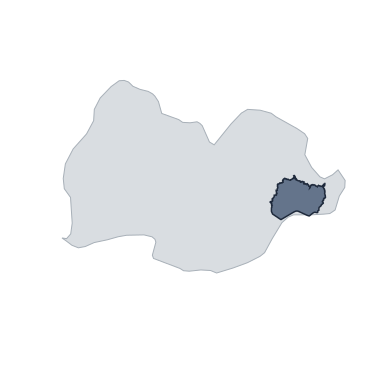 Nyamasheke, Western, Rwanda (highlighted), rotated 214°
{"feature_id": "39286606B22601397790462", "entity_name": "Nyamasheke", "entity_type": "district", "adm_level": 2, "iso_a3": "RWA", "parent_name": "Rwanda", "parent_adm1": "Western", "projection": "albers", "projection_center": [29.106, -2.358], "detail": "fine", "context": "in_parent", "style": "filled", "palette": "slate", "viewbox_px": 384, "rotation_deg": 214, "n_neighbors": 0, "source": "geoboundaries", "source_scale": "gbopen_adm2", "svg_char_len": 6162}
<svg xmlns="http://www.w3.org/2000/svg" viewBox="0 0 384 384"><g transform="rotate(214 192 192)"><path d="M155.0,122.0L159.2,121.9L186.7,115.4L189.5,117.4L193.9,130.2L196.3,132.1L200.1,132.5L207.8,129.6L222.0,119.6L228.2,113.6L235.5,105.0L244.8,95.4L250.0,87.1L255.0,82.2L261.7,80.7L269.0,81.1L274.1,81.2L269.9,83.2L269.1,89.4L273.9,99.2L289.7,119.6L299.7,123.3L306.3,131.2L312.7,144.5L314.6,161.2L311.9,181.2L313.4,196.1L319.2,205.9L320.7,218.6L318.0,234.2L314.6,243.5L310.6,246.6L306.1,247.7L300.1,246.6L292.6,248.0L284.6,250.9L279.5,251.3L276.4,250.7L270.4,248.2L261.0,240.2L243.5,244.6L238.7,244.5L232.3,248.3L227.1,253.0L223.9,253.3L220.6,252.7L205.5,243.2L200.0,243.5L197.7,270.2L195.2,285.0L192.1,291.6L181.3,297.9L170.4,301.6L164.4,301.3L140.5,303.3L131.2,303.3L126.0,301.1L119.3,286.0L106.6,279.3L94.4,276.1L89.5,277.0L85.1,284.9L83.3,292.0L71.5,287.2L67.9,281.2L67.6,271.0L63.3,257.1L65.7,251.2L70.3,247.4L80.1,240.0L95.0,229.9L98.2,225.0L100.3,216.9L99.4,198.2L97.9,182.3L99.7,176.6L106.5,164.4L115.6,151.8L126.3,138.6L132.7,137.3L141.1,132.3L150.0,124.8L155.0,122.0Z" fill="#d9dde1" stroke="#a8b0b8" stroke-width="1"/><path d="M122.8,241.5L122.4,241.3L122.2,241.1L122.4,240.7L122.9,240.4L122.6,240.3L122.5,240.1L122.4,240.0L122.4,239.7L122.3,239.4L122.3,239.2L121.6,238.9L120.8,238.3L121.1,237.8L121.1,237.5L120.5,237.2L120.3,236.9L120.3,236.6L120.4,236.4L120.8,236.5L120.9,236.4L121.0,236.1L121.4,235.9L121.6,235.5L121.8,235.5L122.0,235.3L121.7,235.1L121.6,234.6L121.3,234.2L121.3,233.9L121.2,233.7L121.2,233.1L121.4,232.5L121.4,232.2L121.2,231.8L121.2,231.7L121.6,231.4L121.5,231.2L121.1,231.1L121.1,230.9L121.3,230.8L121.1,230.6L121.1,230.4L120.9,230.3L120.4,230.0L120.2,229.8L120.3,229.5L120.5,229.3L120.5,229.0L120.8,228.8L121.0,228.4L121.1,227.8L121.2,227.7L121.6,227.8L121.7,227.6L121.6,227.4L121.4,227.5L121.4,227.4L121.2,227.2L120.9,227.2L120.9,227.3L120.5,227.3L120.3,227.5L120.3,227.3L120.1,227.2L120.0,226.8L119.6,226.7L119.4,226.8L119.2,226.8L119.2,226.5L119.1,226.4L119.0,226.1L118.9,225.8L118.7,225.8L118.8,226.0L118.7,226.0L118.3,225.9L118.4,225.7L118.3,225.4L118.1,225.0L117.9,225.0L117.8,224.7L117.3,224.1L117.4,223.7L117.2,223.2L115.5,220.6L115.0,220.1L113.6,219.3L112.9,218.8L104.0,218.8L102.8,218.9L96.4,232.3L95.7,233.5L95.3,234.1L94.5,234.8L94.0,235.1L93.3,235.4L92.1,235.6L91.9,235.8L91.5,235.7L91.1,235.8L83.3,237.1L82.0,237.5L81.6,237.6L81.3,237.9L80.5,240.7L79.8,242.6L79.3,243.5L78.7,244.0L77.0,244.7L76.5,245.1L76.4,245.3L76.5,245.6L77.0,246.4L77.1,246.8L76.9,247.4L76.6,247.7L77.8,249.7L78.0,250.5L77.6,251.6L77.5,251.8L77.6,252.1L77.3,252.6L77.4,252.9L77.4,253.4L77.6,253.6L77.5,253.9L77.6,254.1L77.5,254.4L77.2,254.8L77.1,255.1L77.1,255.6L76.9,256.1L77.1,256.3L77.4,256.6L77.7,256.6L77.9,256.7L78.2,256.6L78.4,256.7L78.5,256.8L78.6,257.0L78.6,257.5L78.4,258.1L78.5,258.2L78.3,258.3L78.3,258.7L78.4,259.0L78.6,259.1L78.8,259.7L79.0,259.8L79.0,260.1L79.1,260.3L79.1,260.6L78.9,260.7L78.7,261.0L78.5,260.9L78.4,261.1L78.4,261.7L78.5,261.8L78.4,261.9L78.4,262.4L78.5,262.5L78.8,262.7L79.1,262.9L79.5,263.6L79.9,263.7L80.0,264.0L80.7,264.5L80.8,264.7L81.0,264.7L81.1,264.8L81.5,265.4L81.5,265.7L81.6,265.8L81.6,266.0L81.8,266.3L82.0,266.5L82.4,266.7L82.5,267.0L82.4,267.2L82.5,267.3L82.8,267.5L83.0,267.5L83.2,267.8L83.6,267.9L83.7,268.0L83.7,268.4L84.0,268.6L84.4,268.6L84.8,268.6L85.4,269.1L85.9,269.2L85.8,269.3L86.0,269.4L85.9,269.7L86.0,269.8L85.9,270.0L86.0,270.3L85.8,270.7L85.9,271.1L85.7,271.3L85.8,271.4L85.7,271.5L85.8,271.9L85.9,272.2L86.0,272.2L86.0,272.3L86.2,272.5L86.3,272.7L86.4,272.4L86.6,272.5L86.5,272.2L86.9,272.2L87.1,272.0L87.2,271.9L87.1,271.7L87.0,271.2L87.0,270.9L87.0,270.7L87.3,270.5L87.3,270.3L87.2,270.3L87.2,270.1L87.1,269.8L87.0,269.7L87.4,269.5L87.6,269.2L87.9,269.2L88.0,269.0L88.3,268.7L88.9,268.8L89.2,268.7L89.5,268.4L89.7,268.5L89.8,268.5L90.0,268.2L90.5,268.0L90.8,268.1L90.8,267.9L90.9,267.5L91.2,267.2L91.3,266.8L91.7,266.6L91.5,266.4L92.1,266.4L92.6,266.2L92.8,266.3L93.1,266.2L93.3,266.4L93.6,266.4L93.9,266.5L94.3,266.5L94.6,266.2L94.9,265.8L95.1,265.9L95.5,265.8L95.8,265.8L96.1,265.6L96.1,265.4L96.4,264.9L96.4,264.6L96.8,264.6L97.1,264.6L97.1,264.4L97.0,264.1L97.1,263.9L97.2,263.7L97.2,263.4L96.9,263.0L96.9,262.5L96.6,262.1L96.5,261.7L96.6,261.1L96.8,261.6L97.2,262.1L97.7,262.4L98.3,262.1L98.8,262.5L99.0,262.9L99.5,263.0L99.8,262.9L100.8,263.3L100.8,263.2L100.7,262.9L100.9,262.9L100.9,262.6L101.2,262.8L101.6,262.8L101.8,262.6L102.4,262.2L102.5,262.0L102.5,261.8L102.7,261.7L103.0,261.7L103.3,261.8L103.5,261.7L103.4,261.6L103.5,261.4L103.5,261.6L103.7,261.4L103.8,261.6L104.0,261.7L104.1,261.9L104.2,261.7L104.6,261.9L104.9,262.3L105.0,262.2L105.2,262.4L105.2,262.5L105.3,262.4L105.5,262.6L105.8,262.7L106.1,262.6L106.4,262.5L106.5,262.4L106.8,262.2L107.1,261.4L107.0,261.2L107.4,260.8L107.6,260.8L107.7,261.1L108.2,261.3L108.4,261.5L108.6,261.5L108.8,261.6L109.0,261.5L109.4,261.1L110.0,260.8L110.7,260.6L110.9,260.7L111.4,260.6L111.6,260.7L111.9,260.6L112.1,260.4L112.3,260.7L112.5,260.8L112.7,261.1L112.9,261.0L113.0,260.8L113.2,261.0L113.6,260.8L113.6,261.1L113.9,261.0L114.1,261.4L114.2,261.7L114.8,262.2L115.0,262.3L115.5,262.3L115.7,262.6L115.9,262.6L116.1,262.8L116.3,262.9L116.7,262.6L116.8,262.3L115.8,261.8L115.2,261.6L115.6,261.1L115.8,260.8L115.3,260.4L115.7,259.6L115.9,259.4L116.2,259.3L116.2,259.1L116.2,258.7L116.3,258.6L116.3,258.4L116.6,258.0L116.8,257.4L117.1,257.3L117.0,256.8L117.2,256.7L117.5,256.5L118.4,256.3L119.6,256.3L120.1,255.5L120.6,255.5L120.9,255.7L121.3,255.6L121.5,255.3L121.9,255.2L122.3,255.2L122.4,255.3L122.7,255.3L122.9,255.0L123.0,254.7L123.0,254.1L123.3,253.9L123.2,253.7L123.4,253.2L123.1,252.9L123.3,252.6L123.3,252.4L123.2,252.4L123.1,252.0L123.0,251.9L122.6,251.9L122.4,251.4L122.0,251.1L122.5,250.2L122.4,250.0L122.6,249.7L122.8,249.7L123.2,249.7L123.6,249.1L123.5,248.8L123.6,248.6L124.3,248.4L124.2,248.2L124.4,247.8L124.4,247.4L124.6,247.1L125.2,246.8L125.1,246.3L125.3,246.1L125.2,245.7L124.7,245.4L124.5,245.1L124.4,244.9L124.5,244.6L124.4,244.5L124.1,244.5L124.0,244.4L123.2,243.5L123.1,243.1L123.3,242.8L123.0,242.3L123.0,242.1L122.9,241.9L122.8,241.5Z" fill="#64748b" stroke="#1e293b" stroke-width="1.5"/></g></svg>